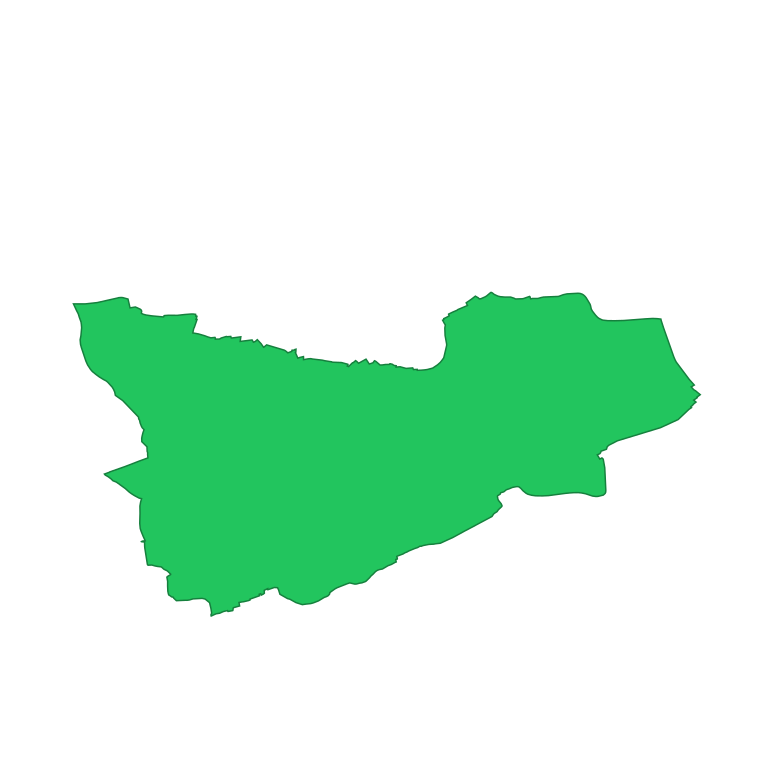 Sena, Phra Nakhon Si Ayutthaya, Thailand (Equal Earth projection), rotated 70°
{"feature_id": "78962969B95009717183464", "entity_name": "Sena", "entity_type": "district", "adm_level": 2, "iso_a3": "THA", "parent_name": "Thailand", "parent_adm1": "Phra Nakhon Si Ayutthaya", "projection": "equal_earth", "projection_center": [100.378, 14.308], "detail": "fine", "context": "isolated", "style": "filled", "palette": "green", "viewbox_px": 768, "rotation_deg": 70, "n_neighbors": 0, "source": "geoboundaries", "source_scale": "gbopen_adm2", "svg_char_len": 6122}
<svg xmlns="http://www.w3.org/2000/svg" viewBox="0 0 768 768"><g transform="rotate(70 384 384)"><path d="M518.0,119.7L512.1,106.1L511.4,103.2L510.5,103.7L510.3,103.6L509.7,101.6L508.7,99.9L507.7,97.0L505.1,98.5L504.0,94.4L503.4,94.5L502.2,90.5L496.7,93.7L496.2,94.3L494.8,95.1L491.8,96.3L491.1,92.8L484.1,95.6L463.3,101.9L461.1,102.2L457.8,102.4L426.8,102.1L419.0,101.8L417.7,101.6L416.0,105.0L414.3,109.1L412.2,116.1L406.4,136.8L403.5,145.5L401.0,152.1L399.0,156.2L398.4,157.1L395.8,159.6L394.4,160.5L391.6,161.7L386.9,163.2L384.5,163.6L380.8,163.1L379.4,163.1L372.2,164.5L370.4,165.1L368.7,166.0L367.5,166.9L366.0,168.7L365.1,170.6L361.9,181.2L361.4,185.0L361.4,189.6L361.3,190.4L356.9,204.2L356.5,206.8L356.3,209.7L356.1,210.6L354.4,215.2L354.2,216.9L354.1,217.1L351.8,217.0L351.5,217.2L351.4,223.7L351.2,224.9L349.1,231.3L347.8,232.5L345.7,235.2L345.2,236.4L343.7,240.6L341.7,244.9L340.3,247.0L337.5,249.8L335.4,251.1L334.6,251.9L334.5,252.4L336.4,257.6L336.7,259.3L337.0,263.8L336.6,265.3L335.2,266.0L332.7,268.1L334.3,273.2L335.8,279.0L338.8,278.7L339.3,289.0L339.7,290.4L339.9,294.5L340.4,299.4L340.6,299.5L342.2,299.4L342.3,299.5L342.8,303.2L343.0,305.5L343.9,305.7L344.1,307.1L348.2,306.5L349.3,306.1L352.2,307.7L359.3,310.0L368.0,311.5L369.3,312.0L379.1,318.4L379.9,319.0L381.6,321.5L383.0,323.8L383.7,325.6L384.3,327.1L385.7,332.8L385.2,338.3L384.7,340.7L383.8,344.1L382.5,348.1L381.6,347.8L380.5,351.4L378.7,351.5L376.9,357.9L373.3,363.0L372.2,366.9L371.0,366.3L370.1,368.0L369.7,368.5L368.4,369.3L367.1,371.2L367.0,371.6L367.4,372.1L367.4,372.4L366.2,375.8L365.5,379.2L364.8,381.2L360.7,383.5L359.6,384.2L358.9,385.0L360.3,387.1L360.2,391.0L354.5,392.4L355.8,400.8L353.5,401.9L352.3,402.7L353.4,405.6L353.3,406.4L355.5,411.3L354.6,412.4L353.5,411.2L353.1,411.2L349.3,416.6L345.8,425.2L345.3,425.5L342.0,431.5L340.5,433.8L336.2,442.4L335.1,444.2L334.4,446.7L333.6,451.3L331.5,450.5L330.7,450.3L330.2,454.5L330.3,456.1L324.1,456.5L324.0,456.0L321.2,454.8L321.1,456.1L321.5,456.5L320.8,458.9L321.8,459.5L321.8,463.7L319.2,465.2L318.1,466.1L307.1,480.9L308.3,484.3L308.3,484.6L304.1,485.7L299.0,487.9L300.0,490.4L300.1,492.4L297.5,492.9L294.8,504.6L290.7,502.4L288.7,511.4L288.4,511.8L286.9,511.7L285.9,515.3L285.4,515.9L285.1,521.3L285.5,523.2L284.1,527.2L283.0,526.8L282.4,526.9L281.4,530.9L279.4,533.6L277.4,535.9L273.5,541.2L270.6,546.2L266.6,543.7L266.2,543.1L259.4,537.6L259.0,538.6L256.4,536.6L256.1,536.7L255.8,537.7L254.1,537.2L252.9,539.5L252.3,541.2L250.6,547.3L248.8,554.7L245.7,563.0L244.6,566.9L244.6,567.3L245.5,568.0L245.5,568.4L240.6,578.8L237.8,584.0L236.1,586.4L234.7,587.8L234.3,587.7L232.7,586.8L231.6,586.8L230.4,587.4L227.8,590.0L226.6,591.3L225.6,596.6L216.6,595.5L213.5,599.9L212.8,601.4L212.1,603.9L212.1,604.7L209.4,625.7L206.5,637.5L202.5,648.4L209.7,647.8L213.5,647.3L217.3,647.5L222.1,647.5L224.5,648.0L227.8,648.9L235.0,652.3L238.5,654.4L242.9,655.6L246.2,655.9L256.8,656.2L260.4,656.3L264.7,656.0L269.8,654.8L271.8,654.1L273.6,653.2L277.0,651.1L280.0,649.1L283.8,646.1L286.1,644.0L287.8,643.0L293.9,640.5L296.4,640.0L299.4,639.8L302.8,640.3L310.2,635.2L331.1,626.0L332.2,626.3L333.2,626.4L334.4,626.1L337.3,626.5L341.0,626.4L342.6,626.1L344.8,625.1L347.5,627.3L350.5,629.3L352.3,630.3L355.4,631.3L361.9,628.2L366.3,629.6L367.8,629.6L369.5,630.3L372.7,631.1L372.7,640.6L373.0,655.7L372.8,671.7L373.0,672.3L373.0,677.5L374.2,677.1L376.8,674.9L379.7,673.0L382.2,671.8L384.7,669.0L393.7,662.9L398.4,660.4L400.9,658.7L403.6,656.6L407.5,653.1L408.8,651.0L411.7,653.1L415.2,655.1L422.1,657.5L431.5,661.2L436.5,662.5L439.6,662.6L444.8,662.4L449.8,662.0L449.8,662.4L449.1,664.0L449.0,665.2L449.2,665.8L449.4,665.6L450.3,663.6L450.6,663.2L451.0,663.2L454.9,664.5L456.5,664.9L472.4,668.0L473.1,668.0L473.6,667.6L474.7,664.1L476.6,661.5L478.0,659.2L479.5,656.2L479.9,655.7L482.9,654.1L485.1,651.9L485.8,651.4L489.7,649.5L490.1,649.7L490.8,653.2L491.1,653.9L491.3,654.1L495.4,654.8L500.0,656.5L504.8,658.0L507.4,658.4L508.5,658.4L509.1,658.1L509.9,657.3L511.3,656.5L512.0,655.4L512.3,655.0L513.4,654.8L516.6,653.2L519.3,644.6L519.9,643.0L520.4,640.7L520.6,637.0L521.2,635.0L523.2,628.3L524.7,625.9L525.6,625.2L529.8,622.7L535.7,623.4L540.3,624.3L541.8,625.6L542.9,625.7L542.5,620.4L543.2,616.8L542.9,613.0L543.0,611.6L543.4,608.5L544.2,608.5L544.4,608.4L545.2,603.7L545.0,603.4L542.9,602.3L542.7,601.9L543.2,595.6L539.7,595.0L540.2,592.0L540.6,590.3L541.2,585.2L541.1,583.7L540.3,583.4L540.4,573.5L538.9,573.2L538.9,571.6L540.4,571.6L540.2,569.5L539.7,568.0L536.9,567.1L536.5,563.3L537.4,563.7L537.6,563.5L537.7,556.7L539.0,553.7L541.6,553.5L546.0,553.7L552.7,548.0L554.0,546.1L559.3,541.5L563.4,536.2L564.1,532.7L565.3,527.9L565.5,525.2L565.4,519.8L564.1,513.2L564.1,510.9L563.9,509.1L563.5,508.2L562.6,506.8L561.5,506.3L559.8,500.4L559.4,497.8L559.1,487.2L559.2,484.2L561.9,480.1L562.4,478.8L562.6,477.6L562.8,475.1L563.3,472.8L563.3,469.1L563.1,468.2L561.1,463.8L560.0,462.0L559.0,459.4L557.4,456.2L556.9,454.4L556.8,453.4L556.8,451.8L557.3,448.7L556.1,442.3L556.1,438.7L555.4,434.5L555.4,433.4L552.9,433.0L552.8,432.5L553.1,431.7L552.9,431.3L552.1,431.0L550.6,431.1L550.4,431.0L550.3,430.7L550.2,423.9L549.8,422.4L549.7,419.5L549.4,418.2L549.1,411.6L549.2,408.3L548.7,405.7L549.2,404.6L549.2,402.3L550.1,396.6L551.5,392.0L551.8,390.1L552.9,385.5L551.7,371.2L549.7,358.2L549.4,355.7L545.4,327.8L543.7,325.5L543.3,324.5L542.6,321.4L541.3,319.6L539.5,315.4L539.2,315.0L538.6,314.7L536.4,314.9L532.9,316.1L531.3,316.4L528.2,315.8L527.8,315.4L527.3,312.6L526.1,311.6L526.3,308.4L526.1,307.7L525.4,305.8L525.2,305.0L525.3,302.2L525.1,298.7L525.7,294.9L526.2,293.3L526.8,292.4L528.9,291.1L531.9,289.9L533.2,289.1L535.1,288.0L536.7,286.6L539.0,283.4L540.9,279.8L543.3,273.5L545.1,267.7L545.8,264.6L548.8,251.0L549.9,246.7L551.0,242.9L552.5,238.6L553.9,235.7L556.1,232.1L560.6,226.4L562.2,223.3L562.8,221.4L563.4,215.9L562.5,213.7L561.5,212.7L559.7,211.9L538.2,205.2L529.6,203.7L528.0,204.5L528.3,206.9L523.5,207.8L523.3,205.1L522.7,204.1L521.3,202.9L521.4,201.4L521.4,197.3L519.2,195.6L518.4,193.5L517.2,184.0L519.6,139.1L518.0,119.7Z" fill="#22c55e" stroke="#15803d" stroke-width="1.5"/></g></svg>